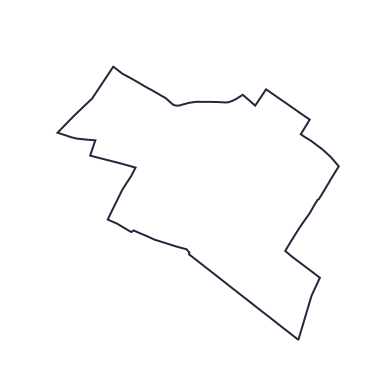 Papalotla, México, Mexico, rotated 14°
{"feature_id": "50627088B323128509418", "entity_name": "Papalotla", "entity_type": "district", "adm_level": 2, "iso_a3": "MEX", "parent_name": "Mexico", "parent_adm1": "México", "projection": "natural_earth1", "projection_center": [-98.859, 19.559], "detail": "fine", "context": "isolated", "style": "outline", "palette": "slate", "viewbox_px": 384, "rotation_deg": 14, "n_neighbors": 0, "source": "geoboundaries", "source_scale": "gbopen_adm2", "svg_char_len": 1822}
<svg xmlns="http://www.w3.org/2000/svg" viewBox="0 0 384 384"><g transform="rotate(14 192 192)"><path d="M142.9,245.5L144.7,243.4L149.5,244.3L154.7,245.1L158.0,245.6L166.7,247.2L168.0,247.4L168.6,247.4L169.0,247.4L190.1,248.7L200.5,248.9L204.2,251.5L204.2,253.2L213.9,257.5L223.7,261.9L233.4,266.2L243.1,270.5L252.8,274.9L262.5,279.2L272.2,283.5L281.9,287.9L291.6,292.2L301.4,296.5L311.1,300.9L320.8,305.2L330.5,309.5L331.0,309.2L331.7,294.0L332.4,278.8L333.1,263.7L334.4,256.8L335.3,252.4L336.0,248.5L336.8,244.2L336.0,243.9L333.9,243.0L329.8,241.2L317.3,235.9L304.7,230.6L296.7,226.6L300.5,214.2L301.1,212.4L304.6,201.7L307.0,195.2L311.0,184.9L311.2,184.5L314.1,174.3L315.4,170.2L315.6,169.5L315.9,169.2L316.9,168.1L320.2,157.4L322.9,148.5L323.0,148.0L328.2,131.6L318.7,124.8L312.2,121.2L307.4,118.7L301.6,116.3L294.8,113.4L287.6,111.2L285.1,110.2L283.6,109.7L288.7,93.3L278.0,89.3L267.1,85.1L255.8,80.8L239.1,74.5L238.8,75.1L235.5,84.5L232.4,92.9L225.4,89.3L217.7,85.4L217.4,85.8L214.3,89.0L211.8,91.6L209.2,93.7L205.8,96.0L203.1,97.0L200.9,97.4L196.2,98.3L195.6,98.4L187.6,100.2L174.6,103.4L172.7,104.1L167.7,106.1L157.9,111.6L155.4,112.0L153.8,112.1L153.0,111.9L151.0,111.1L145.7,108.3L144.2,107.5L143.2,107.1L142.6,106.9L139.9,106.2L137.4,105.5L135.7,105.0L133.6,104.4L130.5,103.5L126.4,102.4L125.4,102.2L122.4,101.4L106.9,96.9L102.7,95.8L96.0,94.1L86.6,90.0L85.3,89.5L84.6,91.4L82.3,98.0L79.9,104.7L73.0,124.0L72.6,125.3L69.8,129.7L59.5,145.9L58.9,146.9L53.0,157.0L47.2,167.0L56.9,167.7L59.5,167.9L62.1,168.1L67.8,168.0L78.2,166.5L85.7,165.2L84.4,181.3L90.3,181.4L118.3,181.6L131.3,182.0L129.0,191.7L126.8,197.9L126.6,198.4L123.9,206.4L119.3,227.7L119.2,227.9L116.9,239.1L118.1,239.3L124.8,240.5L126.2,240.7L126.9,240.8L132.4,242.5L139.7,244.7L142.9,245.5Z" fill="none" stroke="#1e293b" stroke-width="2"/></g></svg>